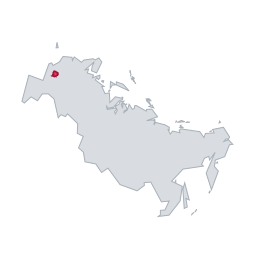 location of Tula within Russia, rotated 83°
{"feature_id": "RUS-2368", "entity_name": "Tula", "entity_type": "Region", "adm_level": 1, "iso_a3": "RUS", "parent_name": "Russia", "parent_adm1": "", "projection": "albers", "projection_center": [37.489, 53.9], "detail": "fine", "context": "in_parent", "style": "filled", "palette": "rose", "viewbox_px": 256, "rotation_deg": 83, "n_neighbors": 0, "source": "natural_earth", "source_scale": "10m", "svg_char_len": 4835}
<svg xmlns="http://www.w3.org/2000/svg" viewBox="0 0 256 256"><g transform="rotate(83 128 128)"><path d="M219.5,97.9L219.5,108.7L218.1,106.4L213.7,105.9L213.9,101.3L205.5,96.1L205.4,103.8L184.4,112.0L184.2,118.7L186.9,118.7L191.5,126.6L183.2,142.8L165.4,152.8L168.9,159.7L159.8,164.3L156.3,174.8L146.6,175.2L141.7,179.5L130.9,173.4L127.1,179.0L117.5,177.4L106.6,186.3L109.1,188.7L106.6,193.0L109.4,196.0L90.1,197.9L84.4,203.0L83.7,209.0L89.9,214.5L85.3,220.4L90.6,227.8L88.5,230.0L63.5,220.0L70.4,206.6L54.7,198.7L54.1,195.8L56.8,194.8L54.1,188.1L49.1,183.7L51.0,175.0L54.2,174.9L50.9,172.7L57.1,166.2L55.2,163.6L55.0,154.3L56.4,152.2L54.9,148.5L59.3,145.9L69.5,152.5L66.8,157.3L61.6,155.8L59.8,154.2L58.5,153.9L65.3,164.0L64.6,159.9L68.4,161.7L71.2,155.8L73.7,157.1L72.1,149.5L75.1,149.8L76.3,151.5L74.3,153.0L76.4,154.5L83.9,146.7L83.7,148.9L91.0,146.7L90.9,142.2L100.5,142.9L95.5,136.7L97.8,130.1L99.2,130.0L100.0,133.4L105.6,139.9L105.9,145.6L103.0,146.7L107.1,146.4L106.6,138.0L107.8,137.0L110.3,139.4L112.4,138.8L109.1,136.4L104.8,138.0L103.5,134.3L101.1,132.8L100.8,128.7L103.8,131.9L106.6,131.2L107.2,130.8L103.1,130.2L104.5,127.8L109.5,126.5L110.5,129.6L112.2,130.2L109.9,126.4L104.5,124.0L110.0,121.4L109.4,119.4L106.7,118.7L106.7,117.0L113.5,107.9L111.8,107.3L112.2,102.0L120.4,97.3L123.0,108.6L123.0,102.6L124.5,100.4L127.1,101.8L127.6,101.8L127.8,101.5L125.8,100.0L129.5,90.6L132.4,86.9L135.2,87.5L133.9,88.7L139.2,86.7L136.5,84.2L139.0,77.0L136.6,77.5L135.3,75.7L140.4,57.2L146.7,53.8L142.9,51.8L143.3,43.1L139.8,44.3L138.9,33.2L149.2,28.3L151.2,29.5L150.8,32.1L153.0,34.5L152.0,29.6L157.0,26.0L157.0,29.3L168.2,35.5L170.5,45.3L176.8,46.9L181.8,43.6L199.4,52.7L182.3,55.9L162.8,44.5L169.7,50.9L166.0,51.3L167.3,55.8L173.2,59.4L175.0,57.9L175.5,78.4L186.2,91.3L192.5,81.2L206.8,85.2L219.5,97.9ZM91.3,122.4L83.8,134.4L80.8,133.9L84.0,127.5L91.3,122.4ZM189.4,78.4L206.9,76.0L205.0,79.1L213.6,78.8L214.7,82.0L195.6,81.0L189.4,78.4ZM79.7,139.7L83.7,134.8L83.5,138.4L86.7,140.9L79.7,139.7ZM128.4,78.4L127.0,74.1L128.7,70.8L128.4,78.4ZM103.6,104.0L107.9,102.8L103.5,106.0L103.6,104.0ZM101.4,103.6L104.1,101.6L101.4,105.5L101.4,103.6ZM108.1,101.3L111.2,100.0L109.2,104.6L108.1,101.3ZM129.6,70.1L129.1,68.1L129.8,65.9L129.6,70.1ZM34.3,188.0L39.8,187.5L39.7,189.6L34.3,188.0ZM73.8,118.9L75.6,118.2L72.1,119.6L73.8,118.9ZM132.7,75.1L134.6,72.9L133.7,76.6L132.7,75.1ZM79.8,147.0L78.5,148.5L77.6,147.8L78.2,146.4L79.8,147.0ZM77.2,117.6L78.8,116.8L79.8,117.0L77.2,117.6ZM82.8,115.9L82.3,116.9L81.0,117.0L81.2,116.4L82.8,115.9ZM84.5,115.4L83.1,115.8L85.0,114.8L84.5,115.4ZM88.4,141.2L89.8,143.0L88.0,141.9L88.4,141.2ZM103.3,105.0L102.7,106.2L101.7,106.3L103.3,105.0ZM78.0,116.4L80.0,115.6L79.4,116.3L78.0,116.4ZM133.8,35.6L134.1,37.0L132.4,36.2L133.8,35.6ZM72.1,118.7L73.5,118.7L70.7,119.1L72.1,118.7ZM97.6,129.4L96.2,130.4L97.5,129.3L97.6,129.4ZM122.7,100.4L124.0,100.4L122.8,101.1L122.7,100.4ZM140.8,45.2L141.7,46.2L141.4,46.9L140.8,45.2ZM80.6,117.7L79.5,117.7L81.1,117.5L80.6,117.7ZM79.8,116.3L80.6,116.6L79.3,116.6L79.8,116.3ZM216.9,69.7L218.1,70.3L219.8,72.0L216.9,69.7ZM78.9,118.2L79.7,118.5L78.8,118.7L78.9,118.2ZM104.3,127.6L103.6,128.7L103.3,128.8L104.3,127.6ZM173.6,43.2L173.5,44.6L172.6,43.5L173.6,43.2ZM131.7,75.1L132.5,75.7L131.8,75.9L131.7,75.1ZM185.9,87.0L187.5,87.1L187.0,87.8L185.9,87.0ZM200.1,53.9L202.4,55.0L201.8,55.5L200.1,53.9ZM77.3,118.7L76.5,119.1L76.2,119.0L77.3,118.7ZM104.1,125.8L104.3,126.7L104.0,126.6L104.1,125.8ZM127.6,79.0L128.0,79.7L126.9,79.3L127.6,79.0ZM221.3,75.2L219.7,72.7L221.7,75.3L221.3,75.2Z" fill="#d9dde1" stroke="#a8b0b8" stroke-width="1"/><path d="M67.9,194.7L67.7,194.7L67.6,194.8L67.6,195.0L67.5,195.3L67.4,195.3L67.1,195.4L67.2,195.5L67.3,195.6L67.3,195.8L67.4,196.0L67.2,196.3L67.2,196.2L67.1,196.3L66.9,196.4L66.9,196.5L66.8,196.4L66.7,196.3L66.5,196.2L66.4,196.2L66.2,196.2L66.1,196.3L65.9,196.2L65.7,196.0L65.5,195.9L65.5,195.6L65.3,195.5L65.2,195.5L65.2,195.4L65.1,195.5L64.9,195.6L64.7,195.6L64.4,195.5L64.4,195.4L64.4,195.5L64.1,195.5L64.1,195.4L63.9,195.3L63.9,195.2L63.7,195.1L63.4,195.1L63.2,194.9L63.2,194.7L62.9,194.7L62.7,194.6L62.7,194.4L62.8,194.3L62.8,194.2L62.7,194.2L62.6,193.9L62.7,193.7L62.8,193.5L62.9,193.4L63.0,193.2L62.9,193.0L62.9,192.9L62.8,192.7L62.9,192.8L63.0,192.8L63.1,192.7L63.3,192.7L63.5,192.6L64.0,192.4L64.0,192.5L64.3,192.5L64.4,192.4L64.4,192.2L64.2,191.9L64.2,191.7L64.3,191.5L64.5,191.6L64.9,191.3L64.9,191.2L64.9,190.9L65.2,190.9L65.3,190.9L65.3,191.0L65.5,191.1L65.8,191.2L65.8,190.9L66.0,190.8L66.2,191.0L66.3,191.1L66.5,191.3L66.8,191.4L67.0,191.4L67.1,191.5L67.0,191.8L66.9,191.8L66.9,192.0L67.0,192.0L67.1,192.3L67.2,192.5L67.3,192.5L67.4,192.8L67.5,192.8L67.6,193.0L67.5,193.3L67.6,193.5L67.8,193.5L67.7,193.6L67.7,193.8L67.7,194.0L67.9,194.1L67.9,194.3L67.8,194.5L67.9,194.7Z" fill="#f43f5e" stroke="#9f1239" stroke-width="1.5"/></g></svg>